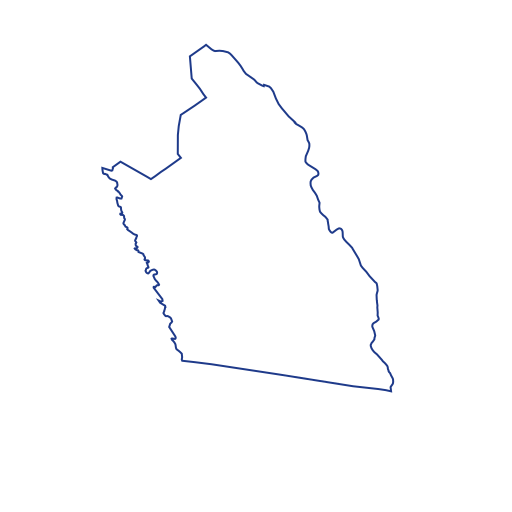 the district of Suchiate, Chiapas, Mexico, rotated 317°
{"feature_id": "50627088B714151448233", "entity_name": "Suchiate", "entity_type": "district", "adm_level": 2, "iso_a3": "MEX", "parent_name": "Mexico", "parent_adm1": "Chiapas", "projection": "equal_earth", "projection_center": [-92.246, 14.632], "detail": "fine", "context": "isolated", "style": "outline", "palette": "blue", "viewbox_px": 512, "rotation_deg": 317, "n_neighbors": 0, "source": "geoboundaries", "source_scale": "gbopen_adm2", "svg_char_len": 6081}
<svg xmlns="http://www.w3.org/2000/svg" viewBox="0 0 512 512"><g transform="rotate(317 256 256)"><path d="M130.6,282.3L139.0,292.1L149.7,304.9L192.7,359.2L238.2,417.5L254.8,436.8L259.5,442.7L262.5,447.1L265.0,443.7L265.5,443.5L268.4,442.9L269.2,442.6L270.5,441.6L272.0,439.8L272.5,438.8L273.4,435.3L274.2,433.1L274.2,431.5L274.4,430.9L274.5,430.5L274.9,430.1L275.1,429.5L275.3,428.9L275.7,428.2L276.5,427.2L277.0,426.0L277.1,425.2L277.2,423.4L277.2,421.8L277.0,419.5L277.2,417.9L277.4,410.5L277.0,407.3L277.0,406.0L277.2,403.9L277.6,402.2L278.4,400.4L278.8,399.8L279.2,399.3L281.4,398.4L283.0,398.3L285.7,397.7L286.8,396.7L288.6,395.7L289.0,395.4L290.8,392.3L291.2,391.6L292.5,387.9L292.9,387.0L293.3,386.5L294.3,385.7L295.0,385.4L296.2,385.3L299.2,386.0L302.3,386.1L302.9,385.7L303.5,384.6L304.3,382.5L306.5,380.3L309.6,376.4L311.1,375.0L313.2,372.0L314.0,371.2L314.2,370.7L314.6,370.2L317.6,366.7L319.2,365.6L321.2,364.4L321.8,363.8L324.0,360.9L325.3,358.8L325.5,358.2L325.6,357.8L325.3,356.2L325.3,348.3L325.9,342.8L325.9,337.3L326.2,334.5L329.0,328.5L329.7,325.6L331.6,316.6L331.9,315.6L331.9,311.3L331.7,307.2L331.8,304.1L332.1,302.6L332.5,301.4L332.9,300.8L335.5,297.8L336.2,296.8L336.4,296.3L336.7,295.3L336.7,294.2L336.5,293.7L336.0,292.8L335.5,292.4L335.0,292.2L333.0,291.7L327.9,291.2L327.6,291.0L327.4,290.7L327.1,289.8L327.1,288.7L327.3,287.4L327.6,286.2L327.8,285.8L329.3,283.9L331.0,281.3L331.7,280.4L332.4,279.1L333.0,278.6L333.2,278.0L333.4,275.5L333.4,274.6L333.3,273.6L333.1,272.6L333.0,271.6L332.9,269.2L333.0,267.4L333.2,266.9L334.2,265.2L335.5,263.5L336.3,262.6L338.7,260.5L338.9,260.1L339.9,257.1L341.5,253.5L342.1,250.7L342.3,249.4L342.6,246.5L343.4,243.5L344.2,241.6L344.7,241.0L345.5,240.0L346.5,239.0L347.2,238.6L348.8,238.0L349.5,238.0L351.6,237.9L355.1,239.0L355.8,239.1L356.8,239.1L357.7,238.5L358.1,238.0L358.8,236.8L359.0,236.1L359.0,235.5L358.7,233.1L356.5,225.1L356.3,224.0L356.3,221.8L356.4,221.2L356.6,220.6L357.7,219.4L358.8,218.4L360.5,217.0L365.8,214.7L366.7,214.2L368.5,213.2L370.0,212.0L371.2,210.7L371.6,210.2L372.1,209.0L372.8,206.3L373.1,205.9L373.7,205.0L375.3,202.6L376.0,201.3L376.8,199.2L377.3,197.4L377.5,196.3L377.6,195.6L377.5,194.5L377.3,193.1L376.2,189.3L375.4,186.9L375.3,185.0L375.8,185.0L375.1,176.2L375.6,165.8L376.2,160.3L378.0,154.3L380.7,147.7L381.4,143.4L381.2,141.1L378.6,136.3L377.5,137.1L376.7,135.5L375.1,130.8L374.9,129.8L374.9,128.4L375.0,126.8L374.9,125.3L373.3,117.9L372.9,116.2L372.9,115.5L373.2,112.2L373.7,110.1L374.4,106.4L374.8,102.5L375.1,92.4L375.0,90.2L374.5,88.0L371.7,83.7L369.2,80.9L365.8,78.2L365.1,76.9L364.4,74.5L363.5,67.5L361.3,67.3L343.8,64.9L330.0,82.4L329.4,90.9L329.0,95.4L327.9,101.8L327.5,106.1L313.5,104.2L297.2,101.5L288.1,108.3L281.4,114.2L268.4,128.0L268.0,133.0L249.4,130.6L244.0,129.7L236.8,128.9L231.6,128.1L230.4,124.0L221.2,94.6L211.8,93.4L211.2,94.3L210.4,94.7L209.3,95.4L208.8,95.2L208.5,95.1L208.1,94.5L203.7,86.8L202.6,88.1L202.2,88.7L201.5,89.7L200.6,91.3L200.7,91.9L201.0,92.6L201.5,92.8L202.0,93.7L202.2,94.7L202.7,95.2L202.2,96.7L202.0,97.6L201.9,99.5L202.0,99.9L202.7,101.8L204.3,104.6L204.7,106.3L204.6,107.4L204.3,107.9L204.0,108.2L203.6,109.0L203.1,109.6L202.5,110.1L201.6,110.5L200.6,110.6L200.4,110.4L200.1,110.3L199.0,110.6L198.8,111.6L198.8,112.8L199.2,113.8L199.3,114.1L199.0,114.6L199.3,115.3L199.3,115.8L199.1,117.7L198.8,118.6L198.9,120.6L198.7,121.2L196.8,122.2L195.8,121.3L194.4,118.5L193.9,118.2L192.8,119.2L192.0,120.9L190.8,122.7L189.6,125.1L189.5,125.5L189.7,126.6L190.4,127.7L190.4,128.1L190.3,128.4L190.1,128.7L189.7,129.1L189.3,129.7L188.9,130.2L188.5,130.9L188.3,131.3L187.9,133.0L187.5,133.3L187.3,133.4L186.9,133.4L186.1,132.9L185.9,132.6L185.7,132.5L185.2,132.9L185.2,133.7L185.8,134.3L186.8,135.5L186.8,136.6L186.5,137.1L185.9,137.8L185.5,138.3L185.3,139.5L185.1,139.8L184.6,140.2L183.7,140.5L183.3,140.7L181.7,141.4L181.3,141.7L180.9,142.8L181.1,143.4L181.0,144.3L180.7,145.0L180.6,145.4L180.8,146.1L181.2,146.8L181.3,147.5L181.2,147.9L181.0,148.1L180.1,148.5L180.1,149.9L180.5,151.3L181.2,154.7L181.2,155.3L181.8,157.3L182.2,158.0L183.0,159.2L183.0,159.4L182.9,159.9L182.3,160.4L181.1,160.8L180.4,161.4L179.9,161.4L179.5,161.7L178.7,161.9L178.0,162.4L177.8,163.1L177.8,164.0L177.7,164.5L177.3,164.6L176.8,164.9L176.2,165.0L175.4,166.1L175.2,167.1L175.3,167.6L175.6,168.2L175.5,168.7L175.0,168.9L174.5,169.0L173.8,168.9L173.4,168.6L172.7,167.8L172.4,167.8L172.3,168.8L172.6,169.9L172.8,170.5L173.6,171.4L173.6,171.8L172.9,172.9L172.8,173.0L173.3,174.0L174.7,176.9L174.8,177.4L174.8,178.0L174.5,178.3L174.2,179.5L174.0,180.9L173.8,181.4L173.4,181.9L173.0,182.2L172.2,182.4L172.0,182.7L172.0,183.1L172.2,183.7L174.0,185.6L174.1,186.2L173.9,186.9L173.7,187.1L172.9,187.2L172.6,187.1L172.2,186.6L171.8,186.4L171.5,186.4L170.9,188.1L170.3,189.2L170.1,189.8L169.7,190.9L169.5,191.0L169.1,191.0L167.7,190.4L167.2,190.4L166.5,190.7L165.6,191.3L165.1,191.5L164.9,192.1L164.6,193.0L164.6,193.8L164.9,194.7L165.2,195.2L165.8,195.3L166.7,195.2L168.6,194.8L170.8,195.5L172.2,196.3L172.6,197.0L172.8,197.9L172.9,198.7L172.8,199.9L172.6,200.3L172.2,200.9L171.7,201.2L171.0,201.4L169.8,200.8L169.1,200.2L168.7,200.2L168.4,200.0L168.0,200.1L167.4,200.6L166.3,203.7L166.1,205.5L166.1,206.3L166.2,207.4L166.1,207.8L166.1,208.4L165.9,209.7L165.8,209.9L165.5,210.9L165.1,211.0L164.7,210.9L164.5,210.6L164.2,210.3L163.9,210.2L163.6,209.9L163.2,209.8L161.2,210.1L160.5,209.0L160.2,208.8L159.9,208.9L159.5,209.5L158.1,223.6L157.1,225.1L155.4,224.6L154.4,222.2L154.0,224.9L155.6,230.4L154.9,231.6L154.6,231.5L153.0,232.7L151.5,233.5L151.4,233.7L149.4,234.6L149.1,235.6L149.0,236.5L148.9,237.9L149.0,238.4L149.2,238.7L150.2,239.4L150.8,240.5L151.0,241.5L151.2,241.8L151.3,243.6L150.0,246.7L148.9,247.0L147.1,247.0L144.1,248.7L142.2,259.5L141.8,260.7L141.0,261.4L140.5,261.5L140.2,261.4L139.1,260.1L138.9,259.6L138.1,258.9L137.8,258.9L137.4,260.1L137.5,261.3L137.4,263.3L137.0,265.2L136.4,266.4L135.9,267.0L134.9,268.5L134.4,269.5L134.4,270.6L134.8,272.7L135.0,274.6L135.1,276.8L133.0,279.6L131.1,281.1L130.6,282.3Z" fill="none" stroke="#1e3a8a" stroke-width="2"/></g></svg>